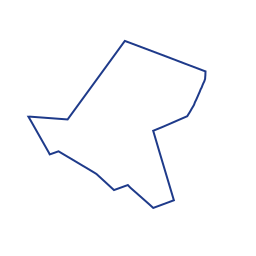 outline of Bom Princípio do Piauí, Piauí, Brazil, rotated 72°
{"feature_id": "56859067B36609863905827", "entity_name": "Bom Princípio do Piauí", "entity_type": "district", "adm_level": 2, "iso_a3": "BRA", "parent_name": "Brazil", "parent_adm1": "Piauí", "projection": "robinson", "projection_center": [-41.617, -3.159], "detail": "fine", "context": "isolated", "style": "outline", "palette": "blue", "viewbox_px": 256, "rotation_deg": 72, "n_neighbors": 0, "source": "geoboundaries", "source_scale": "gbopen_adm2", "svg_char_len": 729}
<svg xmlns="http://www.w3.org/2000/svg" viewBox="0 0 256 256"><g transform="rotate(72 128 128)"><path d="M185.5,144.2L207.1,131.4L211.8,128.7L211.5,120.8L210.9,106.7L160.5,105.5L138.4,104.9L137.7,95.2L135.1,68.0L133.7,66.4L132.3,64.7L130.8,63.0L129.3,61.4L127.5,59.3L126.3,58.0L124.1,56.3L122.2,54.4L120.5,52.9L119.3,51.8L117.8,50.5L115.7,48.6L113.6,46.9L112.3,45.5L110.3,43.9L108.7,42.5L107.3,41.1L105.1,39.5L103.1,38.7L101.7,38.1L100.0,37.5L98.1,36.8L96.7,38.6L84.6,53.7L74.9,65.7L44.2,104.1L75.5,147.3L101.2,182.8L87.0,217.5L86.5,219.2L91.6,218.1L123.0,211.7L126.9,210.9L128.9,210.6L128.9,208.7L128.7,201.3L160.2,173.7L162.0,172.2L182.7,160.5L182.2,145.8L185.5,144.2Z" fill="none" stroke="#1e3a8a" stroke-width="2"/></g></svg>